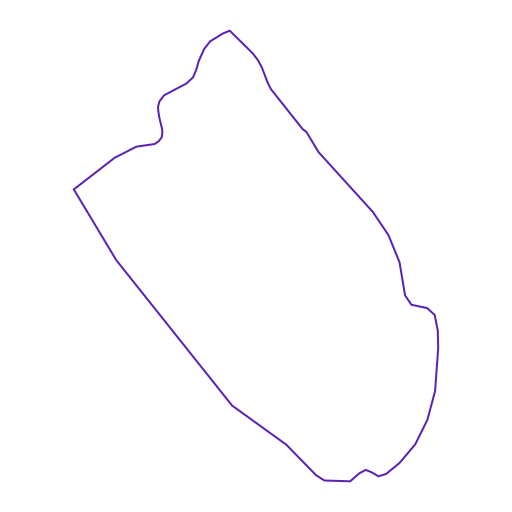 map outline of Trà Vinh (Equal Earth projection)
{"feature_id": "VNM-509", "entity_name": "Trà Vinh", "entity_type": "Province", "adm_level": 1, "iso_a3": "VNM", "parent_name": "Vietnam", "parent_adm1": "", "projection": "equal_earth", "projection_center": [106.315, 9.809], "detail": "fine", "context": "isolated", "style": "outline", "palette": "violet", "viewbox_px": 512, "rotation_deg": 0, "n_neighbors": 0, "source": "natural_earth", "source_scale": "10m", "svg_char_len": 759}
<svg xmlns="http://www.w3.org/2000/svg" viewBox="0 0 512 512"><path d="M229.7,30.7L252.6,53.2L258.1,60.4L262.0,67.8L267.3,81.8L270.9,89.1L302.8,129.3L306.4,131.9L318.6,152.2L372.8,211.9L388.5,235.2L399.5,262.2L405.1,295.5L411.5,304.8L427.2,308.1L434.7,315.0L437.8,330.7L438.2,348.1L435.1,391.0L427.4,419.8L415.2,444.4L399.5,463.0L386.2,473.9L378.5,476.3L371.4,472.2L365.7,469.9L359.2,473.4L350.2,481.3L324.4,480.5L316.2,475.3L286.3,444.7L232.1,405.6L116.3,260.2L73.8,189.4L114.6,157.8L136.3,146.7L154.7,144.0L158.6,141.3L161.6,137.5L162.3,133.7L162.2,129.4L159.4,117.9L158.4,111.9L158.0,106.7L159.6,101.1L164.1,95.3L186.4,83.5L193.0,77.4L196.3,69.7L198.8,60.8L204.2,48.9L210.2,41.3L222.9,33.5L229.7,30.7Z" fill="none" stroke="#5b21b6" stroke-width="2"/></svg>